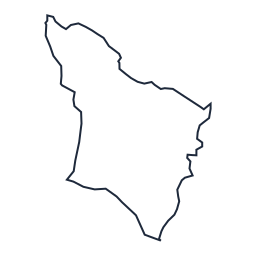 outline of Fyti, Paphos, Cyprus
{"feature_id": "46923920B41172680844699", "entity_name": "Fyti", "entity_type": "district", "adm_level": 2, "iso_a3": "CYP", "parent_name": "Cyprus", "parent_adm1": "Paphos", "projection": "orthographic", "projection_center": [32.544, 34.932], "detail": "fine", "context": "isolated", "style": "outline", "palette": "slate", "viewbox_px": 256, "rotation_deg": 0, "n_neighbors": 0, "source": "geoboundaries", "source_scale": "gbopen_adm2", "svg_char_len": 1132}
<svg xmlns="http://www.w3.org/2000/svg" viewBox="0 0 256 256"><path d="M45.4,23.0L46.3,24.8L45.7,35.8L50.2,46.5L53.4,55.9L61.2,66.0L61.5,76.0L60.8,83.8L62.1,85.4L74.7,92.2L73.4,99.6L74.4,106.1L81.1,112.0L81.5,123.6L80.5,131.4L79.2,142.1L75.3,160.5L73.7,171.2L66.9,179.7L73.4,181.6L83.4,186.8L94.7,189.4L105.7,188.7L116.6,196.5L122.1,202.3L136.0,215.3L140.8,226.0L144.7,234.7L153.9,238.1L160.8,240.6L159.0,239.0L161.4,231.3L163.4,227.2L168.2,220.7L174.4,214.7L177.0,209.2L179.2,201.3L178.2,196.4L177.3,189.7L181.8,180.3L184.9,177.7L192.6,175.5L189.5,168.5L190.4,161.4L187.2,157.9L187.6,154.7L192.5,155.1L196.4,155.3L196.4,149.7L202.2,146.5L202.2,142.5L197.1,138.8L197.7,132.2L199.7,125.4L203.7,122.2L209.1,118.0L210.6,108.8L210.6,103.7L203.8,109.3L200.6,107.0L184.0,96.2L172.9,88.9L164.7,88.2L160.8,89.0L154.6,84.8L151.6,82.0L144.3,83.6L137.6,81.8L131.1,78.1L125.9,74.1L119.5,68.9L119.4,62.9L118.3,61.3L120.9,57.8L119.1,53.8L114.5,50.3L108.9,46.1L103.6,37.9L97.2,33.9L92.0,30.4L85.8,26.9L78.4,23.4L70.9,25.0L66.0,29.1L61.5,26.5L55.5,21.5L53.2,16.9L47.3,15.4L47.3,20.7L45.4,23.0Z" fill="none" stroke="#1e293b" stroke-width="2"/></svg>